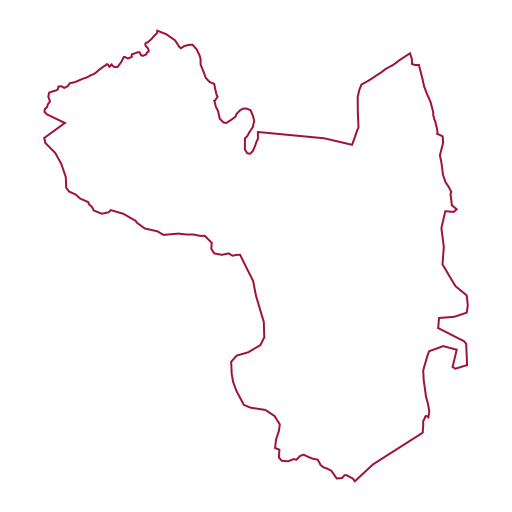 the district of Rijau, Niger, Nigeria
{"feature_id": "59680162B75618838886778", "entity_name": "Rijau", "entity_type": "district", "adm_level": 2, "iso_a3": "NGA", "parent_name": "Nigeria", "parent_adm1": "Niger", "projection": "robinson", "projection_center": [5.043, 11.05], "detail": "fine", "context": "isolated", "style": "outline", "palette": "rose", "viewbox_px": 512, "rotation_deg": 0, "n_neighbors": 0, "source": "geoboundaries", "source_scale": "gbopen_adm2", "svg_char_len": 4262}
<svg xmlns="http://www.w3.org/2000/svg" viewBox="0 0 512 512"><path d="M410.0,53.3L398.5,60.8L398.2,61.2L393.0,65.0L385.7,68.9L381.2,72.4L376.6,75.3L372.6,78.1L367.9,81.0L361.5,84.5L359.4,89.6L357.7,96.9L357.8,111.9L358.5,127.2L357.2,130.4L352.1,144.8L324.3,138.3L257.9,132.0L257.9,132.8L257.9,135.7L257.9,137.8L257.9,138.9L257.6,139.6L256.5,141.6L255.1,145.8L252.8,151.1L250.0,153.8L247.2,153.2L244.9,149.5L244.9,144.2L244.9,138.8L244.9,138.4L247.2,136.2L249.5,132.0L252.5,127.6L252.8,127.2L254.2,120.8L252.8,115.5L250.6,110.4L250.5,110.2L246.7,108.6L243.0,108.6L240.2,110.2L236.5,113.9L236.3,114.5L235.5,116.6L235.4,116.7L231.3,119.8L226.2,123.0L223.4,122.4L219.7,118.7L218.4,112.5L217.9,110.7L215.9,106.9L214.5,101.3L214.4,101.1L214.5,101.1L217.2,97.3L217.6,96.7L216.9,95.4L216.4,94.3L214.9,87.6L214.2,83.8L209.7,82.1L205.7,77.8L203.4,71.4L200.6,64.5L200.6,61.2L200.6,59.2L199.8,56.2L199.6,55.5L197.2,50.5L196.8,49.6L192.6,44.8L188.9,44.8L184.2,46.1L180.8,48.3L179.2,46.8L176.7,42.8L175.0,40.3L166.1,34.1L157.3,30.7L157.2,31.5L157.1,32.8L156.8,33.2L156.0,34.1L154.0,36.0L151.5,39.0L147.8,42.3L146.0,42.8L145.3,43.8L145.3,44.0L145.5,45.3L146.1,46.5L147.1,47.3L147.8,48.2L148.1,48.9L148.3,49.3L148.7,50.5L148.7,51.5L148.3,51.7L147.4,52.2L146.6,53.1L146.5,53.6L146.2,54.5L144.7,55.0L143.5,55.7L141.9,55.7L141.6,55.5L141.0,55.2L140.5,54.0L139.9,52.9L139.5,52.2L138.0,52.4L137.0,52.4L135.3,53.2L133.9,53.7L133.0,54.0L131.9,54.3L131.6,55.0L131.9,56.6L131.4,57.0L130.6,57.5L129.5,57.8L128.0,58.4L126.9,58.1L125.8,57.4L124.7,57.0L123.8,57.0L122.9,58.8L122.5,59.5L121.8,61.0L120.7,62.8L119.3,64.6L117.8,66.8L115.6,67.2L113.8,66.7L112.7,65.8L112.0,65.1L111.6,64.4L111.1,64.7L110.2,66.2L109.4,66.8L108.7,66.1L108.3,65.1L107.7,64.4L107.0,64.1L105.6,65.3L103.4,66.6L101.1,68.3L99.8,69.3L98.6,70.2L96.8,71.9L95.4,73.0L93.8,74.0L92.5,74.6L91.0,75.0L89.1,76.3L86.2,77.6L83.7,78.4L79.6,80.1L77.4,81.1L75.2,82.0L72.8,82.6L70.0,83.1L67.7,86.2L64.2,87.9L61.4,86.2L58.4,86.6L58.3,87.3L57.8,89.3L57.6,89.5L55.7,90.6L53.7,91.1L51.9,91.6L49.2,92.6L49.0,93.3L48.3,96.6L50.0,101.4L49.6,102.0L47.8,104.4L47.7,104.8L47.0,107.2L46.8,107.3L44.8,109.1L44.8,109.5L44.5,111.9L47.0,114.4L64.9,123.0L64.1,123.5L63.3,124.1L44.2,138.0L44.3,138.4L45.3,142.9L55.2,152.9L61.2,163.7L65.8,177.1L66.2,187.8L67.5,189.5L69.0,191.5L75.7,194.5L80.2,198.6L88.4,202.2L88.8,204.0L92.1,207.2L93.7,210.5L101.8,213.7L108.7,212.3L110.7,210.1L118.3,212.3L123.4,213.8L129.6,217.4L135.6,220.8L137.1,222.9L144.8,228.5L157.4,231.3L163.5,234.9L178.5,233.6L186.2,234.5L193.5,234.5L200.4,235.9L202.5,235.9L204.8,235.9L211.7,242.8L211.3,248.8L214.2,253.4L221.9,254.8L224.5,254.3L228.8,253.4L232.4,255.7L237.3,254.8L240.1,254.8L243.4,261.6L248.5,271.8L253.1,280.9L256.0,295.9L263.8,321.9L264.2,335.2L264.3,337.4L263.9,338.1L260.4,345.1L248.2,352.3L236.6,355.6L231.2,361.7L231.2,362.0L231.7,373.9L233.2,382.2L236.5,391.1L243.9,404.9L250.7,407.7L265.2,409.9L265.3,409.9L274.5,416.0L279.8,424.3L278.9,430.9L276.0,439.8L275.2,447.0L275.1,448.0L279.4,449.7L278.9,457.5L281.8,460.8L288.1,461.3L293.5,459.1L296.4,459.7L300.3,455.8L303.7,454.7L307.1,456.4L312.4,458.6L317.8,459.7L320.7,465.2L323.6,467.4L327.0,468.5L331.4,470.8L334.8,475.7L336.7,478.5L342.1,478.0L344.5,475.2L346.5,475.2L352.8,478.5L354.8,481.3L373.0,464.4L385.8,456.2L422.7,432.7L423.2,425.8L423.2,423.1L423.2,421.0L424.6,418.7L425.2,416.7L425.9,416.0L427.1,416.2L427.8,416.8L428.4,417.3L429.3,411.5L427.9,403.5L426.0,396.6L423.7,380.1L423.2,370.6L424.6,365.3L427.8,354.6L429.2,351.2L443.2,346.1L456.7,349.7L452.6,366.9L455.3,368.7L467.1,365.1L466.2,343.8L464.0,341.2L438.2,328.1L439.0,318.0L454.2,316.8L466.7,312.7L467.8,305.2L466.7,295.4L455.5,286.2L449.3,275.9L447.0,271.9L442.5,264.4L443.0,257.8L443.0,257.6L443.8,246.8L441.4,228.1L445.3,211.2L453.8,211.9L456.7,209.2L451.9,205.4L450.5,193.9L451.3,191.9L448.8,187.1L445.4,182.0L442.9,174.4L442.2,168.6L441.3,161.8L439.9,155.3L441.3,149.9L441.7,148.4L442.6,144.9L443.0,143.2L443.1,141.6L442.8,139.6L442.9,137.7L442.6,136.3L437.0,133.7L437.5,132.5L437.4,131.4L437.0,128.4L435.9,124.6L435.3,121.4L434.2,119.1L433.7,116.7L433.2,115.3L433.3,113.3L432.8,110.5L430.6,102.2L427.2,94.5L424.1,86.4L422.5,79.0L418.9,64.9L415.4,65.1L411.9,64.0L411.9,59.2L410.0,53.3Z" fill="none" stroke="#9f1239" stroke-width="2"/></svg>